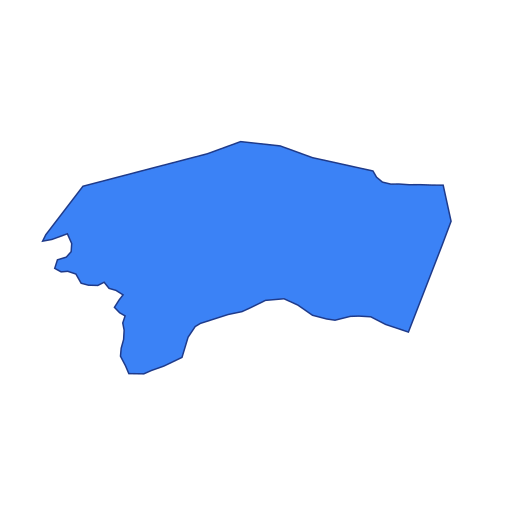 Teixeira, Paraíba, Brazil, rotated 343°
{"feature_id": "56859067B68813180874934", "entity_name": "Teixeira", "entity_type": "district", "adm_level": 2, "iso_a3": "BRA", "parent_name": "Brazil", "parent_adm1": "Paraíba", "projection": "mercator", "projection_center": [-37.263, -7.252], "detail": "fine", "context": "isolated", "style": "filled", "palette": "blue", "viewbox_px": 512, "rotation_deg": 343, "n_neighbors": 0, "source": "geoboundaries", "source_scale": "gbopen_adm2", "svg_char_len": 982}
<svg xmlns="http://www.w3.org/2000/svg" viewBox="0 0 512 512"><g transform="rotate(343 256 256)"><path d="M239.3,144.0L186.9,141.8L110.9,138.7L61.2,174.2L56.3,179.4L65.6,180.5L82.1,179.6L83.4,190.2L80.5,197.8L74.3,201.6L65.0,201.6L59.9,209.0L65.0,214.2L71.5,215.6L78.5,220.6L80.8,230.9L87.2,234.9L96.1,237.9L103.1,236.7L106.0,244.0L112.0,247.9L117.5,254.3L112.4,257.9L105.6,263.7L109.0,270.4L113.3,275.0L109.0,281.1L108.2,288.4L105.0,297.1L100.1,304.8L97.1,312.2L99.1,322.8L100.0,331.3L114.3,335.9L122.6,334.9L135.9,334.3L155.6,331.3L167.3,313.8L177.2,305.7L183.1,304.2L212.3,303.8L226.3,305.1L236.0,303.8L252.1,301.2L270.3,305.1L281.7,315.2L292.7,329.2L305.2,336.9L312.8,340.5L328.5,341.3L336.7,343.5L348.0,347.7L359.9,359.3L379.5,373.3L437.1,300.1L452.7,279.8L455.7,243.0L444.9,239.6L433.6,235.7L423.5,232.7L413.6,228.9L406.0,226.7L398.5,222.3L394.3,215.9L392.7,208.9L338.8,178.5L311.3,157.8L274.7,142.1L239.3,144.0Z" fill="#3b82f6" stroke="#1e3a8a" stroke-width="1.5"/></g></svg>